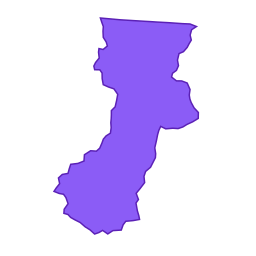 Caieiras, São Paulo, Brazil, rotated 94°
{"feature_id": "56859067B48741528638034", "entity_name": "Caieiras", "entity_type": "district", "adm_level": 2, "iso_a3": "BRA", "parent_name": "Brazil", "parent_adm1": "São Paulo", "projection": "orthographic", "projection_center": [-46.742, -23.377], "detail": "fine", "context": "isolated", "style": "filled", "palette": "violet", "viewbox_px": 256, "rotation_deg": 94, "n_neighbors": 0, "source": "geoboundaries", "source_scale": "gbopen_adm2", "svg_char_len": 1557}
<svg xmlns="http://www.w3.org/2000/svg" viewBox="0 0 256 256"><g transform="rotate(94 128 128)"><path d="M218.4,110.1L214.7,111.1L209.9,112.9L202.3,114.8L198.6,112.6L192.6,115.3L187.7,111.8L181.3,107.6L175.2,108.7L170.1,107.4L165.6,102.8L155.7,98.6L151.7,98.6L145.9,99.9L138.2,98.7L132.6,98.0L128.3,97.1L124.1,95.5L126.2,90.3L125.1,83.3L125.1,78.0L123.1,73.3L120.3,69.4L117.3,63.9L113.5,58.6L107.6,58.9L103.3,63.5L98.1,66.8L94.7,68.3L90.8,69.2L85.3,68.8L79.0,72.1L77.3,77.7L77.6,83.0L74.1,88.1L70.3,87.4L67.1,83.7L62.3,82.0L56.8,83.4L50.2,82.3L48.0,78.0L43.5,74.6L39.6,72.9L35.9,71.0L31.0,72.5L25.5,71.4L22.0,66.8L19.9,73.4L20.1,80.6L20.1,87.4L20.1,94.7L20.3,107.2L20.3,112.2L20.4,119.5L20.6,143.0L20.2,163.2L24.2,161.6L28.5,159.7L33.1,159.7L39.3,159.0L43.8,155.7L47.6,154.3L51.4,158.3L50.8,162.5L54.4,162.7L60.2,161.6L64.9,164.9L68.6,166.4L72.2,165.3L71.9,160.2L75.0,157.7L80.6,157.2L86.5,155.7L88.5,150.2L89.9,144.8L95.1,140.6L101.5,141.3L107.8,142.3L111.8,145.8L116.1,145.5L119.9,145.4L123.9,145.5L128.9,144.8L134.4,145.2L137.4,149.3L140.8,151.8L144.7,152.9L150.1,154.8L153.3,157.9L153.3,163.7L157.7,169.6L164.0,169.6L166.8,175.4L168.2,182.6L172.9,183.8L177.5,184.7L178.9,190.3L182.7,193.9L188.3,192.3L192.8,195.4L196.4,197.4L198.1,192.1L198.6,187.7L201.7,185.1L207.7,182.5L213.5,186.0L217.6,186.0L218.5,181.8L221.2,179.0L223.3,174.6L225.6,169.1L229.6,163.8L232.3,158.7L236.1,153.9L234.3,149.7L231.9,146.2L235.1,140.8L231.4,135.9L230.3,127.6L224.9,126.1L221.2,123.7L220.0,116.4L218.4,110.1Z" fill="#8b5cf6" stroke="#5b21b6" stroke-width="1.5"/></g></svg>